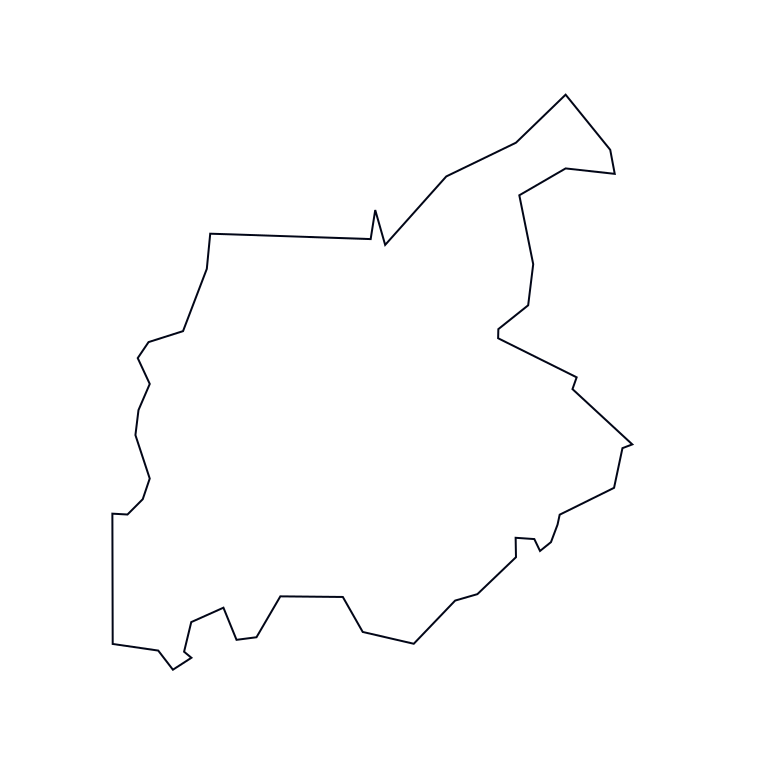 Baliet, Upper Nile, South Sudan, rotated 187°
{"feature_id": "79223893B13684678916358", "entity_name": "Baliet", "entity_type": "district", "adm_level": 2, "iso_a3": "SSD", "parent_name": "South Sudan", "parent_adm1": "Upper Nile", "projection": "robinson", "projection_center": [32.373, 9.407], "detail": "fine", "context": "isolated", "style": "outline", "palette": "ink", "viewbox_px": 768, "rotation_deg": 187, "n_neighbors": 0, "source": "geoboundaries", "source_scale": "gbopen_adm2", "svg_char_len": 821}
<svg xmlns="http://www.w3.org/2000/svg" viewBox="0 0 768 768"><g transform="rotate(187 384 384)"><path d="M413.9,555.6L414.9,526.2L554.0,513.9L574.8,512.0L573.9,476.7L589.9,412.0L622.8,396.9L631.6,379.7L616.5,355.5L624.5,328.2L624.5,303.0L605.0,261.6L609.4,240.3L622.7,223.2L637.8,222.2L621.6,92.9L575.6,91.9L558.7,74.7L541.8,88.8L549.8,93.9L546.3,124.2L516.1,142.4L499.2,112.1L479.7,117.1L461.0,160.6L398.9,167.6L374.9,135.3L322.8,129.8L287.0,177.7L265.7,186.8L231.9,228.2L234.6,247.4L215.9,248.4L208.8,237.3L199.0,247.4L194.6,265.6L193.7,275.7L143.0,309.0L139.5,349.4L130.2,354.3L196.3,401.9L193.6,414.1L276.3,443.3L277.2,452.4L250.5,479.7L250.5,521.1L272.7,587.8L230.0,620.1L180.6,620.7L188.0,644.0L239.0,693.3L282.4,639.6L347.5,597.6L399.8,522.2L413.9,555.6Z" fill="none" stroke="#020617" stroke-width="2"/></g></svg>